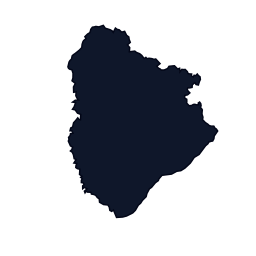 outline of Barros Cassal, Rio Grande do Sul, Brazil, rotated 206°
{"feature_id": "56859067B19598625391964", "entity_name": "Barros Cassal", "entity_type": "district", "adm_level": 2, "iso_a3": "BRA", "parent_name": "Brazil", "parent_adm1": "Rio Grande do Sul", "projection": "albers", "projection_center": [-52.583, -29.1], "detail": "fine", "context": "isolated", "style": "filled", "palette": "ink", "viewbox_px": 256, "rotation_deg": 206, "n_neighbors": 0, "source": "geoboundaries", "source_scale": "gbopen_adm2", "svg_char_len": 2873}
<svg xmlns="http://www.w3.org/2000/svg" viewBox="0 0 256 256"><g transform="rotate(206 128 128)"><path d="M175.9,90.1L171.9,86.7L169.4,86.6L169.0,83.9L169.7,82.1L167.5,81.8L165.3,80.0L162.9,76.8L160.8,77.0L161.3,72.8L158.5,73.7L158.3,71.5L157.6,69.6L155.7,69.3L153.2,69.8L151.2,65.0L148.2,64.5L148.9,62.9L147.0,62.5L147.0,60.6L146.0,58.5L144.4,59.1L142.6,57.9L143.4,56.1L142.1,53.6L141.2,55.5L138.1,55.4L139.5,52.1L138.2,50.9L138.0,52.7L136.4,52.6L133.1,54.0L131.9,52.6L129.9,53.2L127.6,53.4L125.0,52.0L122.9,51.8L121.0,48.8L116.4,48.5L112.3,50.0L110.1,48.6L108.2,46.0L106.1,45.9L105.1,47.9L99.1,42.6L93.7,45.7L90.7,48.3L86.5,53.8L85.3,57.3L84.9,63.2L83.7,65.9L83.3,69.3L81.6,74.2L82.3,77.4L82.1,82.7L80.8,85.0L79.4,90.8L77.7,94.0L77.9,95.9L76.7,100.4L68.6,105.7L65.2,110.5L61.8,112.8L59.3,116.8L56.6,123.8L55.6,130.6L52.5,135.4L50.5,146.1L49.3,148.8L49.2,150.8L47.5,152.5L46.2,153.4L46.1,156.0L47.0,158.6L46.7,160.4L46.1,164.6L48.1,165.8L49.8,166.0L51.7,167.3L54.1,166.1L56.1,165.8L57.9,166.4L60.9,166.8L63.0,167.6L64.6,168.1L65.4,170.6L67.6,172.9L68.5,175.0L69.1,176.8L70.4,177.7L71.8,178.0L72.1,180.1L73.3,181.8L75.0,182.7L75.8,181.3L74.9,179.8L76.4,178.9L78.3,178.6L79.6,177.8L80.6,176.2L82.8,174.8L84.6,175.5L86.2,176.1L86.8,177.7L87.8,179.6L90.1,179.7L91.3,182.1L89.0,183.9L87.8,186.7L90.2,187.6L91.7,188.6L91.8,190.4L90.1,191.1L88.2,192.6L89.1,194.9L88.6,196.4L87.9,198.1L85.9,196.9L83.6,197.5L83.9,199.2L84.2,201.1L84.2,203.3L85.7,205.6L87.7,206.0L89.4,206.9L90.1,204.7L91.7,204.4L91.7,202.5L93.9,202.6L94.5,204.4L96.1,203.7L97.7,203.2L99.4,204.7L102.3,205.7L103.6,204.9L105.3,204.3L105.9,201.2L107.8,204.3L109.2,202.8L113.5,204.3L115.2,203.3L118.2,201.4L118.5,198.8L120.9,196.0L123.5,194.7L125.3,195.2L126.8,195.1L129.2,196.1L127.4,199.9L133.3,202.2L134.7,201.1L137.0,200.8L139.7,199.9L141.4,198.6L142.9,199.3L143.9,197.5L147.5,199.3L150.1,199.9L153.4,199.6L155.6,200.1L160.2,197.1L161.7,201.0L164.9,202.5L163.5,206.0L165.8,208.1L167.2,210.2L169.9,210.7L173.4,213.4L175.7,211.4L179.0,212.4L181.0,211.9L183.1,212.3L183.2,207.4L184.6,208.3L187.0,208.5L190.4,208.0L192.1,207.7L195.2,209.4L198.5,206.1L201.4,205.2L202.6,204.1L204.2,203.0L204.7,200.4L204.3,198.6L204.1,196.9L205.5,194.8L206.8,191.2L204.9,189.9L206.2,187.2L206.3,185.6L205.9,183.0L204.8,180.0L205.8,176.8L207.1,174.0L208.3,171.5L209.2,170.0L209.8,168.4L209.4,166.7L209.0,165.1L209.7,163.3L209.9,161.5L208.8,156.6L207.5,155.5L205.9,155.3L204.0,155.8L201.4,153.1L199.4,148.8L199.0,145.9L194.9,145.0L195.0,141.0L192.5,136.3L190.5,137.8L189.0,134.1L186.8,132.4L184.7,131.4L187.6,129.8L189.1,127.0L186.2,127.9L185.7,123.3L186.1,120.5L183.4,121.1L179.9,119.2L176.4,119.5L174.3,114.5L175.9,114.2L177.6,115.1L178.3,111.9L179.2,108.8L178.2,104.6L179.5,102.9L178.9,100.1L177.3,100.9L175.1,99.1L177.2,97.7L176.7,95.9L177.3,93.5L176.1,92.0L175.9,90.1Z" fill="#0f172a" stroke="#020617" stroke-width="1.5"/></g></svg>